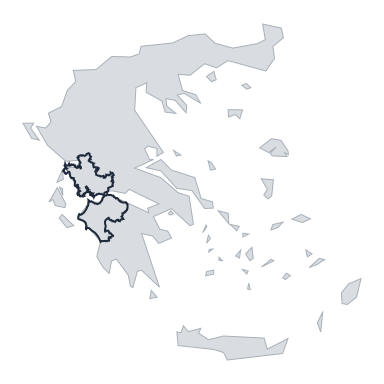 Dytikis Elladas, Dytiki Ellada, Greece (highlighted)
{"feature_id": "26713481B45081925310995", "entity_name": "Dytikis Elladas", "entity_type": "district", "adm_level": 2, "iso_a3": "GRC", "parent_name": "Greece", "parent_adm1": "Dytiki Ellada", "projection": "albers", "projection_center": [21.426, 38.276], "detail": "fine", "context": "in_parent", "style": "outline", "palette": "slate", "viewbox_px": 384, "rotation_deg": 0, "n_neighbors": 0, "source": "geoboundaries", "source_scale": "gbopen_adm2", "svg_char_len": 9408}
<svg xmlns="http://www.w3.org/2000/svg" viewBox="0 0 384 384"><path d="M262.7,24.0L281.3,28.1L283.4,37.8L272.9,46.4L274.5,58.3L265.9,71.0L227.9,60.6L216.5,67.8L204.5,63.7L190.1,75.2L178.1,74.4L182.5,90.5L195.6,94.6L200.8,103.4L184.3,93.4L177.3,95.0L186.7,105.4L186.1,112.8L175.1,100.3L166.0,98.6L166.5,105.9L175.8,113.4L165.2,112.1L161.8,101.0L146.0,92.2L146.8,82.8L135.9,87.6L134.7,110.3L163.4,152.4L156.9,156.2L157.0,148.4L147.8,146.2L144.7,148.6L146.5,152.9L149.7,159.8L153.6,159.4L134.6,168.1L161.1,177.8L178.1,192.7L189.1,196.2L193.4,224.1L190.1,225.8L171.4,208.6L153.4,216.6L159.9,229.3L167.7,231.1L171.5,237.9L158.8,243.4L152.9,236.2L141.5,233.4L159.5,287.2L141.7,270.4L137.4,271.2L132.9,287.6L130.4,286.2L128.3,275.1L116.4,259.1L111.5,261.0L109.1,273.5L103.0,267.3L96.8,256.6L100.5,241.4L78.9,216.5L89.8,201.5L99.6,202.5L106.1,194.9L111.1,195.3L148.8,212.8L147.7,208.2L158.9,203.9L129.1,189.3L125.2,193.4L111.5,190.7L92.4,195.3L86.9,187.1L85.9,192.7L81.2,194.1L65.3,167.9L78.5,166.9L78.8,160.3L65.8,161.3L47.6,145.4L36.5,126.3L45.8,128.0L51.0,121.9L48.4,113.2L61.6,106.5L67.3,90.3L75.8,81.6L73.3,70.4L96.2,69.5L111.8,56.5L130.4,57.0L139.0,53.9L141.1,46.3L172.6,43.0L188.0,35.7L205.1,33.9L214.9,43.2L232.8,48.1L257.6,43.6L265.3,39.6L262.7,24.0ZM188.2,331.6L200.8,328.3L198.6,333.3L208.7,339.7L223.4,336.0L264.2,338.1L267.2,349.1L288.0,338.5L282.6,353.5L227.4,360.0L223.5,352.5L213.4,349.4L178.1,345.6L176.9,331.9L181.0,332.8L183.4,325.8L188.2,331.6ZM160.9,159.5L171.4,170.1L194.8,177.6L201.2,198.6L212.5,201.8L213.3,208.1L204.7,208.5L191.8,190.5L176.7,188.3L160.9,170.9L146.2,167.7L160.9,159.5ZM281.0,140.4L288.0,150.9L288.4,154.7L284.7,152.8L287.1,156.6L272.2,155.9L270.1,153.2L276.1,147.2L268.7,152.6L259.7,147.9L271.5,138.7L281.0,140.4ZM347.3,304.5L342.1,303.5L341.4,292.9L348.7,283.8L361.0,278.6L356.6,297.1L347.3,304.5ZM271.7,195.8L268.1,198.8L263.8,195.0L267.4,189.4L261.2,178.7L273.4,179.8L271.7,195.8ZM57.3,187.6L65.9,204.1L64.8,207.6L55.5,205.7L52.8,199.4L48.9,202.1L57.3,187.6ZM39.2,140.0L31.8,138.5L23.0,123.3L33.7,123.1L30.6,128.3L39.2,140.0ZM242.5,109.9L239.8,118.7L235.5,114.6L228.5,117.0L228.1,109.7L242.5,109.9ZM301.2,214.4L310.4,218.9L302.4,222.5L291.9,219.2L301.2,214.4ZM216.2,79.8L211.5,81.7L206.5,76.5L213.9,71.4L216.2,79.8ZM62.0,214.5L73.7,225.6L66.9,227.7L59.2,218.2L62.0,214.5ZM253.2,258.6L249.8,260.6L245.7,253.8L251.9,247.3L253.2,258.6ZM228.2,213.3L228.8,223.7L218.1,210.8L228.2,213.3ZM322.8,311.5L320.7,332.0L317.4,322.9L322.8,311.5ZM63.2,179.5L57.0,182.2L62.5,169.4L63.2,179.5ZM157.2,297.2L149.8,298.6L151.3,290.5L157.2,297.2ZM309.2,267.5L319.2,258.4L324.7,259.5L317.0,264.5L309.2,267.5ZM270.9,229.9L272.8,224.6L283.1,222.1L277.6,227.7L270.9,229.9ZM240.6,250.1L239.5,258.0L235.7,256.0L240.6,250.1ZM239.2,226.4L236.7,230.7L230.2,224.4L239.2,226.4ZM215.6,169.0L210.5,170.2L208.1,160.8L211.2,162.6L215.6,169.0ZM250.8,87.7L246.6,89.1L241.8,85.3L246.2,83.4L250.8,87.7ZM213.7,270.2L213.6,274.1L205.6,275.8L206.7,271.4L213.7,270.2ZM273.8,260.8L261.4,267.0L271.2,259.2L273.8,260.8ZM206.9,226.6L202.8,232.7L206.0,225.0L206.9,226.6ZM248.8,233.9L242.9,237.0L242.9,233.2L248.8,233.9ZM290.3,275.6L285.4,279.5L282.8,277.9L286.5,273.2L290.3,275.6ZM312.0,253.8L307.4,256.8L305.8,249.9L312.0,253.8ZM210.5,238.4L206.6,243.2L208.4,235.2L210.5,238.4ZM62.6,188.8L62.8,195.3L59.6,187.3L62.6,188.8ZM248.2,271.1L246.7,274.1L242.3,269.4L248.2,271.1ZM180.8,155.0L176.5,156.0L173.6,150.5L180.8,155.0ZM173.4,213.9L170.1,215.1L168.3,213.7L170.7,210.7L173.4,213.9ZM212.7,249.0L208.7,252.1L209.3,249.4L212.7,249.0ZM248.8,283.2L250.2,289.7L247.6,288.9L248.8,283.2ZM222.4,260.7L218.9,260.3L219.0,257.2L222.4,260.7Z" fill="#d9dde1" stroke="#a8b0b8" stroke-width="1"/><path d="M127.6,204.5L127.1,203.6L126.6,203.6L125.9,202.3L125.3,202.5L124.4,202.4L123.4,202.6L121.2,202.1L120.7,201.2L120.2,201.0L119.7,201.2L118.7,200.3L118.6,199.7L118.0,198.8L117.2,198.1L115.9,198.5L115.5,197.7L113.9,197.0L113.9,196.4L113.5,195.7L112.4,195.7L110.8,194.9L108.6,195.1L107.2,194.4L106.1,195.5L105.8,195.4L104.3,196.0L103.5,197.1L103.0,197.3L102.7,197.8L102.6,198.8L102.2,199.1L102.0,200.5L100.5,202.1L100.2,202.8L97.6,204.1L95.2,203.4L94.7,203.5L91.6,201.3L91.0,201.4L90.5,201.8L90.0,201.8L89.2,200.6L88.8,200.7L88.5,200.4L88.6,201.4L88.2,202.9L88.4,204.2L88.3,205.2L87.9,206.0L87.4,206.2L87.0,207.7L85.9,209.8L84.0,212.5L81.7,214.4L80.4,214.8L79.9,214.5L79.6,214.1L79.0,214.3L78.2,217.2L78.2,218.7L78.6,219.1L83.2,220.7L85.1,222.1L85.8,223.1L86.0,224.7L86.5,225.8L85.9,227.4L86.1,227.8L85.9,228.8L86.0,229.2L86.2,229.3L86.3,229.1L86.4,228.2L86.8,227.9L88.7,228.1L90.0,228.9L91.4,230.3L94.8,232.6L96.2,234.1L98.1,236.6L99.5,239.2L100.6,241.9L101.8,241.0L103.3,241.1L104.8,240.9L105.6,241.2L106.1,240.9L107.2,241.2L108.3,240.7L109.1,240.7L109.2,240.2L108.9,239.9L108.8,238.8L108.6,238.7L108.7,238.1L109.0,238.5L109.2,238.4L109.7,237.3L110.2,237.5L110.1,237.2L110.8,236.8L111.8,236.6L113.1,235.9L112.9,235.4L111.7,234.6L111.1,233.6L109.9,233.1L109.7,233.2L109.7,232.8L109.2,232.5L109.2,232.0L108.9,231.9L108.8,231.4L108.3,230.7L106.6,230.7L105.5,231.6L105.1,231.6L104.9,230.4L105.1,229.8L105.0,229.3L105.7,226.4L105.6,225.4L105.1,224.0L105.0,221.6L105.7,220.0L106.8,219.2L107.3,218.5L108.7,217.8L108.9,218.2L108.8,218.9L109.2,219.4L110.2,219.8L110.2,220.0L110.5,220.3L111.0,219.9L111.9,220.4L112.3,221.2L113.2,221.0L113.4,221.4L114.6,221.5L115.1,221.9L116.0,220.6L116.8,220.2L117.1,219.8L118.1,219.8L118.0,220.2L118.5,220.9L118.9,220.7L119.9,221.2L120.8,219.6L121.5,219.3L121.9,219.4L122.2,219.0L123.3,219.0L122.6,217.7L121.5,216.6L122.6,215.5L122.4,213.3L123.4,213.3L123.9,212.9L124.3,212.8L124.8,212.3L124.7,211.7L125.1,211.5L125.6,211.7L126.2,210.7L127.0,210.1L126.9,209.2L127.4,208.8L127.4,207.5L127.6,207.1L127.6,206.0L127.4,204.9L127.6,204.5ZM78.4,159.5L78.8,159.8L80.5,162.7L80.2,162.9L79.7,163.8L79.6,165.6L79.9,166.0L80.6,166.4L81.0,167.9L80.9,168.3L80.5,168.4L80.0,167.1L79.4,167.0L78.0,166.0L77.7,166.5L77.8,167.8L77.3,168.1L77.4,168.5L76.8,167.8L75.0,166.8L75.0,166.4L75.4,166.2L75.2,165.4L74.1,165.5L73.5,164.5L73.2,164.4L72.1,165.1L71.2,164.4L70.5,165.6L68.9,165.8L69.7,165.4L69.3,165.0L69.0,163.8L68.1,165.6L66.9,165.7L66.1,165.5L65.2,163.8L65.0,165.0L64.5,165.5L65.1,166.8L65.9,167.9L66.1,168.1L66.0,167.7L66.6,168.2L65.1,168.5L64.1,169.1L63.9,169.5L64.1,169.4L64.3,169.8L63.8,170.8L63.8,171.8L64.6,172.1L65.1,173.5L65.8,173.8L66.2,173.3L66.6,173.2L66.8,173.4L68.4,171.8L69.3,171.9L69.6,172.4L69.8,174.1L70.1,174.8L70.1,176.1L71.0,177.9L71.2,178.0L71.6,177.7L72.1,178.1L72.9,177.9L73.8,178.1L73.8,179.5L75.1,181.3L74.7,184.7L75.1,186.0L75.9,186.3L77.1,184.9L77.4,184.7L77.9,184.9L77.5,186.7L78.0,187.1L77.2,187.0L77.1,187.3L77.6,187.5L77.4,187.8L78.1,187.4L78.1,187.8L77.7,188.1L78.5,188.9L78.4,189.5L78.8,190.1L78.5,190.2L78.5,190.4L80.0,190.7L80.1,190.9L79.8,190.9L78.9,190.6L78.9,191.2L79.1,191.4L79.0,192.1L78.5,192.5L78.6,192.8L78.2,192.9L78.1,192.1L77.9,192.2L77.6,193.0L78.0,192.9L78.3,193.4L78.1,193.9L77.8,194.0L77.9,194.7L78.4,194.4L79.1,194.5L79.4,194.7L79.3,195.3L80.3,195.9L80.1,196.3L79.7,196.1L79.6,195.8L79.7,196.2L80.3,196.4L80.8,196.4L81.9,196.1L83.3,196.4L83.8,196.2L82.3,195.7L82.6,195.2L82.9,195.1L83.0,195.4L83.2,194.9L84.4,194.4L84.5,193.9L84.2,193.5L84.5,193.3L85.3,193.4L85.5,192.7L86.7,192.2L87.4,192.2L87.1,192.0L87.3,190.0L88.0,189.6L87.4,189.5L87.1,188.7L86.5,188.3L85.8,187.5L85.8,187.0L86.5,186.5L88.0,188.4L88.3,190.0L88.1,190.7L88.4,191.5L89.5,192.1L90.1,191.7L90.5,192.3L90.4,193.0L90.1,193.3L90.1,195.0L90.5,193.2L90.9,193.0L92.4,193.0L92.0,193.2L92.2,193.8L93.0,193.6L92.6,194.3L93.0,195.0L93.0,196.4L93.8,196.3L93.9,196.7L94.0,196.4L94.2,196.6L94.7,195.7L96.5,194.9L96.9,194.2L97.9,194.3L98.7,193.6L100.5,194.1L101.3,193.9L102.5,194.6L103.8,195.0L104.2,193.4L104.8,192.6L105.5,192.4L106.3,191.8L107.0,192.2L107.1,192.7L107.7,191.5L108.1,191.2L108.3,190.6L108.2,189.5L108.4,189.2L108.2,188.2L108.5,188.2L108.7,187.7L109.7,187.5L110.3,186.9L111.6,186.6L112.2,186.1L112.8,186.0L112.9,185.7L112.4,184.8L112.6,183.7L112.9,183.5L113.0,182.8L113.4,182.1L112.2,181.4L111.5,181.4L111.5,181.1L111.9,180.5L112.9,180.2L112.8,179.6L112.2,179.2L112.3,178.4L112.1,178.0L112.7,177.5L112.1,176.9L112.6,176.7L112.4,176.0L113.7,175.2L113.6,174.6L112.5,172.9L111.6,173.1L110.6,172.4L110.6,174.4L108.8,175.4L107.9,174.7L107.2,175.0L106.2,174.7L106.1,176.1L105.8,176.4L105.8,176.8L105.3,177.4L105.1,177.2L104.3,177.5L104.1,177.8L103.8,177.8L103.8,177.4L104.0,177.1L103.8,176.8L104.0,176.4L103.6,175.8L102.3,176.3L100.6,176.5L100.5,176.1L99.9,175.8L98.9,175.9L96.2,174.8L96.2,174.0L95.9,173.4L95.9,172.5L95.3,171.5L95.8,171.4L96.2,170.8L96.0,170.1L96.3,169.3L98.1,169.2L98.1,169.6L98.7,168.7L98.8,168.2L98.5,167.9L98.2,168.1L97.7,167.6L96.3,167.3L95.8,167.5L95.5,167.2L93.8,167.3L93.8,166.9L93.4,166.6L93.5,166.3L93.2,164.7L93.5,164.6L93.5,164.0L93.9,163.5L93.1,163.3L92.1,162.5L91.6,162.6L90.7,162.2L90.4,161.6L89.7,161.2L89.4,161.4L88.7,160.9L88.8,160.2L89.3,159.6L89.4,159.3L90.4,159.2L90.1,158.8L90.2,158.7L90.1,158.0L90.5,157.8L91.0,156.6L90.4,156.4L89.5,155.0L89.5,153.7L88.9,153.5L88.6,153.2L86.7,153.9L86.7,154.6L84.7,156.0L83.3,155.3L82.8,155.3L82.3,155.7L82.0,155.7L81.6,155.1L81.4,155.1L81.1,155.6L80.5,155.4L78.8,155.8L77.9,156.8L78.5,157.5L77.6,157.8L78.4,159.5ZM93.0,195.0L92.5,194.4L92.4,194.3L92.7,194.7L92.9,195.8L92.8,196.0L91.4,194.8L90.8,195.0L90.8,194.8L90.4,194.7L90.3,195.0L91.5,195.3L92.8,196.3L93.0,196.3L93.0,195.0Z" fill="none" stroke="#1e293b" stroke-width="2"/></svg>